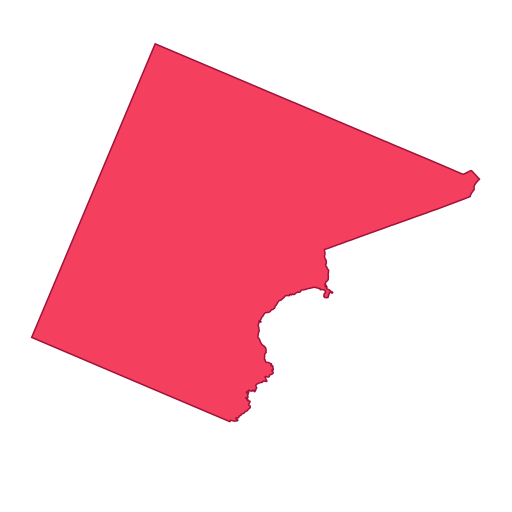 the district of San Andrés, Petén, Guatemala, rotated 293°
{"feature_id": "79465075B48357778365605", "entity_name": "San Andrés", "entity_type": "district", "adm_level": 2, "iso_a3": "GTM", "parent_name": "Guatemala", "parent_adm1": "Petén", "projection": "equal_earth", "projection_center": [-90.564, 17.38], "detail": "fine", "context": "isolated", "style": "filled", "palette": "rose", "viewbox_px": 512, "rotation_deg": 293, "n_neighbors": 0, "source": "geoboundaries", "source_scale": "gbopen_adm2", "svg_char_len": 6028}
<svg xmlns="http://www.w3.org/2000/svg" viewBox="0 0 512 512"><g transform="rotate(293 256 256)"><path d="M418.7,420.6L417.0,419.0L415.9,418.2L415.3,417.5L415.0,417.4L414.5,416.8L413.9,416.5L412.1,414.6L412.1,407.6L412.2,382.8L412.0,340.1L412.1,331.8L412.0,329.1L412.0,275.5L412.1,230.1L412.0,228.9L411.9,80.3L93.4,81.3L93.3,192.9L93.3,296.6L94.5,296.9L94.8,297.0L95.0,297.2L95.1,297.4L95.3,299.7L95.6,300.8L96.5,302.4L97.1,303.2L97.5,303.5L97.9,303.4L98.0,303.1L98.2,301.7L98.5,301.1L98.8,300.8L99.2,300.8L99.4,301.1L99.5,301.8L99.6,302.1L100.1,302.8L100.4,303.1L100.9,303.2L102.2,303.2L102.4,303.4L103.5,304.4L104.7,304.3L104.8,304.4L105.3,304.9L105.8,305.6L107.3,306.7L108.5,306.9L108.9,307.1L109.7,308.0L110.3,308.4L111.3,308.7L111.9,308.8L113.4,309.6L114.0,309.9L114.9,309.7L115.3,309.5L115.6,309.1L116.0,307.5L116.4,307.3L116.7,307.2L118.9,307.4L119.8,307.4L119.9,307.1L120.0,306.7L119.9,306.1L119.7,305.2L119.8,304.4L120.0,304.2L120.3,304.3L120.7,304.6L120.9,304.5L121.0,302.7L121.1,302.3L121.2,302.2L121.7,302.2L122.4,303.7L122.6,303.8L123.4,303.6L124.0,303.0L124.9,302.5L125.3,302.5L125.6,302.6L125.8,302.8L126.1,302.8L126.3,302.7L126.5,300.8L126.6,300.6L126.9,300.4L127.2,300.4L127.4,300.6L127.5,300.9L127.6,302.2L127.7,302.5L128.0,302.5L128.2,302.4L128.5,301.7L129.0,301.4L129.3,301.5L129.5,301.7L129.7,302.2L129.7,303.4L129.8,304.7L130.2,305.2L130.5,305.4L131.2,305.6L131.6,305.9L131.7,306.2L131.7,306.4L131.5,306.6L130.8,306.9L130.6,307.2L130.5,307.5L130.8,307.9L131.2,308.0L132.0,308.0L133.1,308.0L134.5,308.1L135.0,308.1L135.3,307.8L135.7,307.2L136.1,306.8L136.7,306.4L137.5,306.5L138.6,307.0L139.8,307.9L141.2,309.6L141.7,310.3L142.0,311.0L142.3,311.2L142.5,311.3L143.3,311.4L143.6,311.5L143.8,311.8L144.2,312.9L144.3,313.9L144.7,314.9L144.9,314.9L145.4,314.7L146.2,313.7L147.1,312.6L147.8,312.0L148.5,311.6L148.9,311.8L149.0,313.6L149.1,314.0L149.3,314.5L149.8,315.1L150.2,315.3L151.3,315.1L151.9,315.2L152.3,315.5L152.7,316.0L153.2,316.7L154.4,317.4L154.8,317.5L155.2,317.5L155.8,316.9L156.0,316.7L156.2,316.0L156.9,315.3L157.2,315.2L157.4,315.4L157.4,315.8L157.6,316.3L159.0,315.9L159.4,315.7L159.6,315.5L159.9,314.9L160.2,314.8L160.4,314.7L161.1,314.6L161.3,314.4L161.4,313.9L161.3,313.6L161.0,313.2L160.9,312.9L161.0,312.6L161.2,312.4L162.0,312.6L162.4,312.6L162.7,312.4L162.8,310.1L162.9,309.2L162.6,308.3L162.3,307.3L162.3,306.8L162.3,306.3L162.6,305.9L163.7,305.2L164.4,304.3L164.9,303.9L167.1,303.1L169.2,302.4L170.6,302.8L171.2,303.0L171.4,302.9L171.5,302.9L172.0,302.4L172.7,302.3L173.4,302.0L174.0,301.6L175.0,301.0L175.6,300.1L176.0,299.1L176.7,296.6L177.2,295.3L178.7,293.6L180.7,291.7L181.0,291.3L181.6,290.2L182.1,289.5L182.4,289.2L182.8,289.1L184.7,288.8L186.5,288.2L188.0,288.3L188.4,288.2L189.9,287.2L191.7,286.2L192.6,285.4L193.7,284.9L196.1,284.8L196.8,284.3L197.1,284.1L197.3,284.2L197.3,284.5L197.0,285.2L196.9,285.7L196.9,285.9L197.2,286.3L197.3,286.3L197.5,286.2L198.1,285.1L198.4,285.0L199.8,285.3L201.1,285.2L202.2,285.4L204.1,286.0L206.3,286.2L206.7,286.4L207.3,286.7L207.8,287.4L208.7,289.1L209.2,289.7L209.7,290.2L210.4,290.7L211.6,291.0L212.5,291.4L212.9,291.7L213.4,292.5L215.5,293.5L216.1,293.5L216.5,293.3L217.2,293.2L217.6,293.3L218.6,293.8L221.2,294.1L223.3,294.5L223.6,294.6L224.1,294.9L224.8,295.9L225.6,296.5L227.4,297.2L227.8,297.5L228.7,298.0L230.0,298.2L230.7,298.5L230.9,298.7L231.6,299.8L232.0,300.7L232.3,301.8L232.4,302.0L232.7,302.2L233.0,302.2L233.8,302.1L234.0,302.3L234.1,302.6L233.9,303.1L233.9,303.3L233.9,303.6L234.1,303.8L234.3,304.0L234.8,303.9L235.0,304.0L235.1,305.1L235.2,305.4L235.4,306.0L235.7,306.5L236.1,306.7L236.8,306.8L237.2,307.0L238.5,308.1L239.1,308.7L239.4,309.8L240.3,310.8L240.6,310.9L241.3,310.8L241.8,310.9L242.7,311.6L242.9,311.8L243.3,312.8L244.7,314.9L245.0,315.2L245.3,315.3L245.8,315.9L247.2,318.1L248.1,319.2L249.7,321.4L250.1,322.0L250.2,323.3L250.5,324.1L250.5,324.6L250.6,325.6L250.8,327.5L250.7,327.8L250.3,328.1L250.1,328.3L250.1,328.6L250.2,328.8L250.7,329.3L250.8,329.4L250.9,329.8L251.0,330.3L251.3,331.1L251.3,331.7L251.2,332.1L251.1,332.6L250.9,333.3L250.5,333.7L250.0,334.1L249.7,334.2L249.3,334.2L248.6,333.8L248.1,333.6L247.5,333.6L247.1,333.7L246.7,334.0L245.8,334.0L245.5,334.1L245.3,334.3L245.0,334.8L244.9,335.1L244.7,335.7L244.8,336.2L245.6,338.0L245.9,338.4L246.2,338.5L246.6,338.5L246.8,338.4L247.0,338.2L248.4,338.3L249.0,338.1L249.3,338.0L249.6,338.0L250.9,338.1L251.2,338.2L251.5,338.3L251.7,338.6L251.7,338.9L251.5,339.9L251.5,340.1L251.6,340.5L251.8,340.8L252.1,340.9L252.4,340.8L252.6,340.5L252.7,340.3L252.6,339.3L252.6,339.0L253.2,337.5L253.3,337.2L253.4,336.8L253.5,334.2L253.5,333.9L253.7,333.6L253.8,333.4L254.0,333.3L254.9,333.5L255.2,333.5L255.3,333.4L255.4,333.2L255.4,332.9L255.1,332.5L255.0,332.1L255.0,331.8L255.2,331.5L255.3,331.4L255.7,331.3L255.9,331.6L256.1,332.1L256.3,332.1L256.5,332.0L256.6,330.8L256.8,330.6L257.0,330.5L258.2,330.6L258.8,330.5L259.2,330.5L261.0,331.3L262.1,331.6L262.6,331.7L264.1,331.0L265.1,330.8L266.7,329.9L267.4,329.5L269.0,329.2L271.0,328.5L271.2,328.4L271.4,328.2L272.3,326.6L273.5,325.4L274.2,324.0L274.5,323.7L274.8,323.6L275.4,323.6L276.4,323.7L277.5,323.3L279.2,322.4L279.9,321.7L280.3,321.1L281.4,319.8L282.3,319.3L283.1,319.0L283.8,318.8L284.5,318.8L285.1,318.6L287.0,317.5L288.0,316.7L288.6,316.5L290.1,318.0L291.4,319.6L293.8,322.1L297.4,325.9L298.2,326.7L300.9,329.8L302.3,331.2L304.3,333.4L304.6,333.5L307.5,336.9L315.3,345.1L316.7,346.8L317.0,346.9L319.6,349.9L321.6,351.9L323.0,353.5L326.8,357.6L332.0,363.3L332.8,364.0L335.8,367.3L336.4,367.8L338.8,370.7L340.9,372.9L351.9,384.8L355.8,389.0L358.2,391.7L362.4,396.3L364.6,398.5L366.2,400.3L366.8,400.9L370.0,404.5L387.4,422.7L387.8,423.3L388.1,423.4L390.0,425.5L393.4,428.9L394.1,429.6L394.3,429.9L396.3,429.7L398.1,429.8L400.1,430.3L401.0,430.4L401.2,430.6L402.5,430.8L405.1,429.6L405.9,429.5L407.4,429.6L410.0,430.2L411.7,430.8L412.1,430.7L413.4,431.5L414.1,431.7L415.0,429.4L416.1,427.2L417.6,423.6L418.2,422.4L418.7,421.1L418.7,420.6Z" fill="#f43f5e" stroke="#9f1239" stroke-width="1.5"/></g></svg>